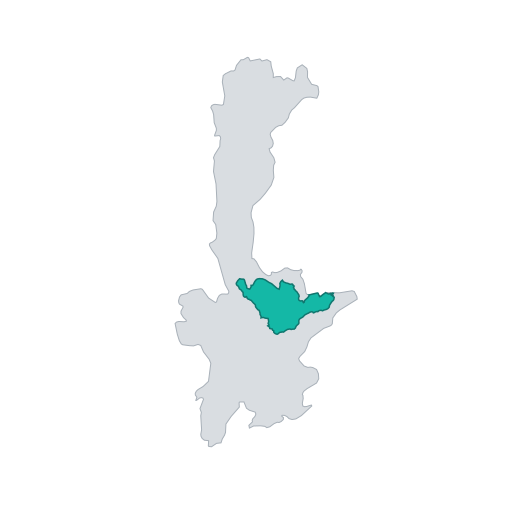 location of Vientiane within Laos, rotated 217°
{"feature_id": "LAO-3284", "entity_name": "Vientiane", "entity_type": "Province", "adm_level": 1, "iso_a3": "LAO", "parent_name": "Laos", "parent_adm1": "", "projection": "natural_earth1", "projection_center": [102.396, 18.611], "detail": "fine", "context": "in_parent", "style": "filled", "palette": "teal", "viewbox_px": 512, "rotation_deg": 217, "n_neighbors": 0, "source": "natural_earth", "source_scale": "10m", "svg_char_len": 6900}
<svg xmlns="http://www.w3.org/2000/svg" viewBox="0 0 512 512"><g transform="rotate(217 256 256)"><path d="M192.8,80.4L194.8,84.4L204.0,95.2L205.5,98.2L208.9,100.4L211.7,110.0L212.9,110.6L214.4,110.0L215.6,108.6L216.6,104.9L217.2,104.5L218.2,107.6L220.8,108.5L221.9,109.8L222.3,112.1L221.9,114.5L219.7,120.0L218.5,127.3L227.5,143.1L231.2,145.3L240.2,147.8L246.3,151.3L249.1,150.5L251.8,146.6L255.1,144.4L261.1,141.0L262.8,140.8L266.2,142.2L271.7,146.1L280.0,153.4L279.7,155.4L278.2,157.3L273.8,160.2L272.4,162.1L273.2,162.8L276.9,163.2L281.3,164.9L282.7,166.8L283.4,171.2L284.2,172.0L288.2,171.5L289.5,172.2L290.9,173.6L292.4,177.2L292.4,179.9L288.4,184.7L287.9,187.6L285.8,191.0L280.3,196.7L278.8,197.1L268.6,193.9L260.5,194.4L259.9,195.6L261.2,199.0L261.6,202.5L260.4,205.1L255.7,208.5L255.6,210.0L256.5,211.5L263.3,214.6L285.0,231.1L294.9,234.3L299.3,236.3L300.4,237.5L300.3,238.9L299.2,240.8L298.3,244.0L298.2,246.0L299.3,247.9L301.0,250.7L307.1,256.9L311.6,258.4L316.3,265.6L317.7,271.9L320.0,276.0L331.3,289.5L340.8,297.9L346.4,306.9L349.1,308.9L350.0,312.2L350.8,321.7L354.1,326.5L354.8,328.4L356.2,329.8L357.8,330.1L361.1,327.0L361.7,327.4L363.2,332.4L364.6,334.2L369.6,337.3L374.9,343.4L377.8,345.6L381.4,347.3L381.9,349.2L381.2,351.1L380.1,352.4L374.0,355.9L373.2,357.4L377.3,365.1L387.6,374.7L390.8,380.4L390.1,383.2L387.3,388.8L385.2,390.3L384.7,392.0L386.3,396.5L386.1,403.6L384.2,405.2L382.4,409.5L381.2,409.9L378.0,408.3L371.5,415.7L368.6,415.3L365.4,419.4L361.1,420.0L358.2,416.9L351.9,412.0L349.6,408.9L347.7,411.5L344.4,414.1L339.7,413.2L338.5,416.9L337.6,417.5L332.0,418.2L330.9,418.8L331.8,422.1L335.2,427.9L336.2,431.1L334.2,436.5L328.3,436.4L325.7,434.2L322.4,429.6L314.9,426.6L309.9,428.7L308.4,428.6L304.6,424.8L303.2,422.3L302.4,418.6L308.1,415.7L310.9,413.4L312.8,410.9L313.6,408.4L314.5,397.7L315.3,394.0L314.8,389.4L313.3,385.8L313.2,380.4L314.0,376.0L316.2,373.8L317.7,370.6L318.6,363.5L317.9,361.7L315.7,360.0L312.1,358.3L309.9,356.2L308.9,353.7L309.0,351.5L310.1,349.6L307.4,347.5L300.9,345.2L297.2,342.4L296.5,339.1L293.7,334.8L289.0,329.5L286.5,321.8L286.3,311.9L286.8,303.8L288.8,294.4L286.0,287.6L283.0,284.0L278.9,281.4L274.9,277.6L271.1,272.7L266.6,265.4L261.3,255.8L257.7,251.5L255.9,252.5L252.1,251.6L246.3,248.8L241.3,247.3L236.9,247.1L234.1,247.7L232.8,249.2L232.7,250.6L233.8,252.1L233.2,253.2L231.0,254.0L229.2,255.6L227.1,259.1L225.7,263.7L223.6,265.5L220.2,265.9L217.0,267.2L213.8,269.5L212.3,271.2L212.4,272.3L211.8,272.6L210.2,271.9L209.4,270.4L209.5,268.0L207.9,266.4L204.5,265.6L200.7,263.0L193.5,256.3L191.8,256.1L189.4,257.8L186.3,261.5L183.7,263.0L181.7,262.2L180.1,263.5L179.0,266.9L177.0,269.6L167.2,276.8L158.4,286.0L156.2,286.8L150.9,284.2L149.2,282.4L156.5,263.5L157.6,258.9L157.4,252.8L154.3,247.8L154.2,246.3L154.7,244.8L158.4,238.9L162.8,223.8L162.5,219.1L160.6,213.9L159.6,209.0L160.5,202.3L160.2,199.7L158.1,198.4L151.4,197.1L147.6,198.2L145.7,200.0L143.5,201.1L139.3,201.8L135.3,199.5L132.0,195.7L131.2,191.0L135.4,180.8L136.4,176.9L136.3,175.1L135.6,173.2L134.6,172.9L132.5,170.5L130.4,166.3L128.4,164.4L126.6,164.8L124.9,166.4L122.1,170.3L121.2,169.8L123.7,155.9L126.1,149.9L128.8,147.1L131.7,146.0L134.7,146.4L137.3,145.9L139.3,144.5L139.2,143.6L136.7,143.4L135.8,141.8L136.3,138.9L137.4,136.9L139.0,136.0L140.7,133.0L142.2,127.9L144.1,125.4L146.4,125.3L150.2,123.1L155.6,118.8L157.7,114.6L159.8,116.5L159.0,121.4L160.1,122.4L160.6,124.1L160.3,126.8L160.7,129.1L161.6,130.2L162.8,130.8L168.5,128.8L172.0,128.7L177.8,132.2L181.2,129.6L181.2,128.6L178.4,125.3L179.3,113.0L178.9,103.7L174.2,96.8L173.3,94.0L172.8,89.5L171.5,85.7L174.8,82.6L176.7,76.9L179.0,75.5L179.8,75.7L182.7,80.0L186.4,77.8L189.2,77.9L191.5,79.0L192.8,80.4Z" fill="#d9dde1" stroke="#a8b0b8" stroke-width="1"/><path d="M190.2,256.8L184.8,263.4L184.0,263.6L182.6,262.7L181.2,262.3L180.9,261.8L180.7,261.8L180.1,262.5L179.8,263.2L179.5,265.0L178.6,267.8L178.5,268.6L175.2,269.3L174.6,269.8L174.3,270.6L173.9,271.1L173.1,270.5L173.1,271.1L173.0,271.7L172.8,272.1L172.6,272.5L171.9,272.8L171.9,272.7L171.6,272.5L171.6,272.2L172.3,270.9L172.4,270.6L172.1,270.2L171.6,270.2L171.1,270.5L170.9,270.8L170.6,270.8L170.5,270.1L170.1,270.0L169.3,270.2L168.8,270.1L168.5,269.8L168.3,269.3L167.6,267.9L167.6,266.8L167.9,265.7L167.9,264.4L167.7,261.4L167.6,260.9L166.9,259.5L166.7,259.0L166.9,257.3L167.5,255.9L169.2,253.7L169.5,253.1L169.7,252.6L170.0,252.2L170.8,252.0L171.4,251.8L172.0,251.2L172.5,250.6L172.9,250.0L173.0,249.6L173.0,249.1L173.1,248.7L173.7,248.5L174.4,247.8L174.9,247.2L175.5,245.7L176.0,245.1L176.4,245.3L176.9,245.4L177.3,245.3L177.8,245.1L178.5,244.4L178.6,244.2L179.0,243.8L179.8,241.8L180.3,241.0L181.4,238.7L181.6,237.9L181.8,236.2L181.9,235.3L183.0,232.8L183.3,231.5L182.9,230.1L181.4,228.3L181.2,227.6L181.3,226.8L181.6,225.3L181.7,224.3L181.6,223.4L181.5,223.0L181.3,222.7L181.2,222.4L181.2,221.9L181.4,221.4L181.4,220.7L182.5,219.8L183.2,219.2L183.5,218.7L183.9,218.4L184.9,218.2L186.7,216.3L187.7,213.8L188.1,212.1L188.5,211.5L189.2,211.3L189.7,210.8L190.0,210.3L190.6,209.8L191.1,209.2L191.7,206.6L192.7,205.9L194.0,205.6L195.0,205.6L195.9,205.8L196.4,206.4L196.9,207.0L198.1,206.7L199.2,207.5L200.4,206.8L201.4,206.4L201.9,206.9L202.5,207.3L203.5,207.4L204.6,207.3L204.4,208.0L204.1,208.7L204.8,209.1L205.6,209.3L206.0,210.1L206.3,211.1L207.5,212.3L208.7,213.4L211.3,211.9L213.3,211.3L214.8,209.6L215.2,210.6L216.5,211.2L217.0,211.6L217.5,211.7L218.6,213.0L219.6,213.6L220.4,214.3L221.0,214.5L221.5,214.3L222.2,214.2L225.3,215.0L226.0,215.4L227.1,216.6L228.3,216.8L229.7,216.9L233.2,217.7L233.7,217.5L234.0,217.3L235.3,217.3L236.2,216.8L237.0,216.9L237.8,217.0L238.5,217.6L239.4,217.7L239.7,216.7L240.2,216.4L240.8,216.3L241.9,216.5L242.9,217.3L243.7,218.3L244.5,219.2L245.6,219.3L247.2,219.9L249.5,219.8L250.9,220.7L252.0,221.2L253.4,221.1L254.5,221.5L255.4,222.4L255.7,225.2L255.4,228.0L254.3,228.5L253.2,229.1L252.4,229.8L251.5,230.1L250.5,229.7L249.7,229.0L248.6,228.3L247.7,227.5L246.7,226.9L245.6,226.5L244.2,224.9L243.0,225.0L241.1,225.7L241.1,226.8L241.3,228.0L241.7,229.2L242.1,229.3L242.3,229.6L241.9,229.9L241.4,229.9L241.0,230.9L241.1,232.3L241.4,233.6L241.6,235.0L241.6,236.8L241.2,238.3L240.4,239.2L239.5,240.1L237.0,241.7L234.2,242.5L229.9,242.7L226.8,243.3L219.8,242.8L217.5,243.4L218.8,246.6L219.5,247.5L220.4,248.4L220.8,250.5L220.4,252.6L218.5,251.9L215.6,252.6L214.7,253.1L213.3,253.6L211.9,253.8L210.3,255.4L209.5,255.4L209.0,254.9L208.5,255.1L207.5,254.9L207.4,254.9L207.4,254.7L207.4,254.0L207.2,253.5L206.8,253.3L206.4,253.3L206.2,253.1L205.6,252.4L204.5,252.5L204.0,252.2L203.5,252.0L202.5,252.1L201.5,251.9L200.0,251.3L198.5,250.8L197.3,249.8L196.9,248.4L196.3,247.5L195.5,246.7L194.4,246.6L193.3,246.9L192.6,247.7L191.8,248.2L190.9,247.6L190.0,247.3L189.7,248.2L190.3,249.2L190.3,250.3L189.6,253.7L189.6,255.8L189.8,256.2L190.0,256.6L190.1,256.8L190.2,256.8Z" fill="#14b8a6" stroke="#0f766e" stroke-width="1.5"/></g></svg>